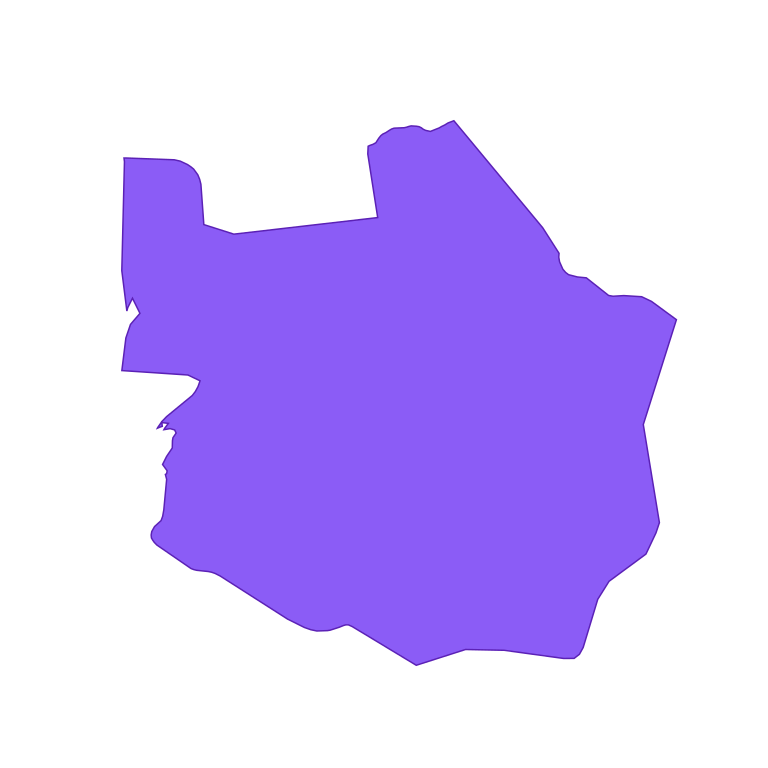 outline of Sud-Bandama, rotated 100°
{"feature_id": "CIV-3447", "entity_name": "Sud-Bandama", "entity_type": "Department", "adm_level": 1, "iso_a3": "CIV", "parent_name": "Ivory Coast", "parent_adm1": "", "projection": "mercator", "projection_center": [-5.503, 5.631], "detail": "fine", "context": "isolated", "style": "filled", "palette": "violet", "viewbox_px": 768, "rotation_deg": 100, "n_neighbors": 0, "source": "natural_earth", "source_scale": "10m", "svg_char_len": 1776}
<svg xmlns="http://www.w3.org/2000/svg" viewBox="0 0 768 768"><g transform="rotate(100 384 384)"><path d="M416.3,644.5L383.5,646.2L369.3,644.0L356.8,636.6L343.2,646.6L353.3,649.6L356.8,649.9L317.9,661.9L210.2,678.2L206.6,679.3L206.3,677.8L199.6,629.4L199.9,623.4L202.0,615.6L203.7,611.8L205.4,608.8L210.3,603.7L214.4,601.1L219.1,599.0L258.3,589.1L262.5,557.9L221.2,419.1L160.3,439.9L152.6,440.9L151.4,439.2L149.9,436.5L147.8,433.9L142.8,431.8L139.9,430.2L138.1,428.6L136.1,425.8L133.0,422.5L131.5,420.7L130.3,418.5L128.1,408.6L127.2,406.4L126.1,404.4L125.1,402.1L124.5,396.7L124.5,394.1L125.2,391.7L126.3,389.6L127.0,387.1L127.2,382.2L122.2,374.1L120.4,372.0L118.4,369.2L115.8,366.3L112.6,360.9L202.6,254.8L224.9,234.3L228.8,233.9L233.2,232.3L239.9,227.8L242.6,224.5L244.3,221.2L245.0,212.0L244.3,203.2L257.8,178.2L257.8,173.7L255.3,163.2L253.3,145.4L256.2,134.9L269.9,107.2L378.9,121.6L472.7,88.7L483.4,90.3L506.0,96.5L539.2,128.1L558.9,136.1L608.9,142.1L616.2,144.6L621.2,149.1L623.1,159.4L625.4,219.6L631.3,257.6L655.4,303.4L628.4,373.2L627.4,377.2L627.8,379.7L628.8,381.8L631.3,385.8L635.8,394.3L636.7,396.9L638.9,407.3L638.7,413.4L637.6,420.1L632.3,438.1L601.5,512.1L599.9,517.4L599.3,521.1L599.2,524.6L600.0,536.1L599.8,539.1L599.3,541.9L582.1,579.6L579.9,582.7L577.9,584.7L576.0,586.3L573.1,587.1L569.6,587.1L564.2,585.2L557.2,579.8L552.7,579.0L546.1,579.0L515.6,581.5L511.0,583.6L510.1,582.5L507.1,582.5L501.7,588.1L493.0,585.5L483.8,581.4L476.5,582.5L473.5,582.5L468.4,580.2L465.6,582.2L465.1,586.9L467.2,592.8L465.7,592.3L460.2,589.5L460.5,594.7L460.2,596.2L464.2,595.0L465.0,596.5L466.9,599.5L466.2,599.3L459.3,596.1L453.8,592.4L428.6,570.8L424.2,568.5L418.9,566.7L412.8,565.7L409.2,578.7L416.3,644.5Z" fill="#8b5cf6" stroke="#5b21b6" stroke-width="1.5"/></g></svg>